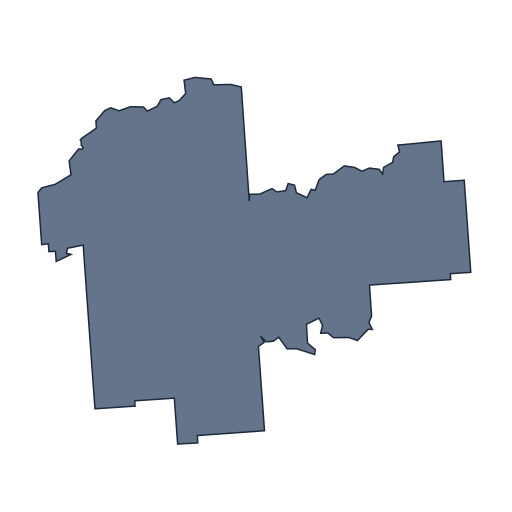 Lake, Montana, United States of America (Equal Earth projection), rotated 266°
{"feature_id": "52423323B67078871310068", "entity_name": "Lake", "entity_type": "district", "adm_level": 2, "iso_a3": "USA", "parent_name": "United States of America", "parent_adm1": "Montana", "projection": "equal_earth", "projection_center": [-114.014, 47.595], "detail": "fine", "context": "isolated", "style": "filled", "palette": "slate", "viewbox_px": 512, "rotation_deg": 266, "n_neighbors": 0, "source": "geoboundaries", "source_scale": "gbopen_adm2", "svg_char_len": 1451}
<svg xmlns="http://www.w3.org/2000/svg" viewBox="0 0 512 512"><g transform="rotate(266 256 256)"><path d="M224.7,469.1L317.1,469.0L317.0,448.7L357.9,448.7L356.8,407.9L356.8,405.3L349.8,406.4L345.5,400.3L339.9,398.8L335.5,389.5L329.0,388.0L333.9,384.9L335.8,375.3L333.2,367.6L337.5,360.5L339.7,350.3L332.3,338.7L332.5,331.7L327.8,324.3L317.4,319.6L318.7,315.7L310.6,311.0L316.3,300.7L324.0,299.4L326.0,293.1L319.1,290.2L318.5,281.3L322.1,276.7L317.4,263.8L318.1,253.8L311.4,253.1L425.6,253.1L428.9,242.9L429.7,225.8L435.7,223.7L438.4,207.7L436.4,196.5L423.1,197.2L416.3,190.1L414.6,185.1L419.8,180.5L418.7,172.2L412.2,167.8L408.1,157.6L412.5,154.2L413.7,141.1L410.4,129.5L414.0,121.4L411.6,115.2L401.9,105.7L394.7,105.7L385.4,90.0L384.0,88.8L382.3,89.7L378.8,89.4L375.9,91.3L374.6,89.9L375.2,86.5L363.9,76.2L349.9,77.1L341.5,60.6L339.0,47.1L334.6,42.9L282.3,43.0L282.6,49.7L274.8,49.7L274.7,56.3L264.5,56.3L270.5,71.6L271.9,67.0L276.9,68.6L278.9,84.4L253.0,84.4L159.7,84.6L114.8,84.7L114.7,124.9L120.0,124.9L119.9,164.6L73.9,164.7L73.6,184.9L81.0,184.9L81.1,252.3L165.7,252.1L169.2,258.1L176.0,255.0L169.6,260.1L169.8,267.4L173.4,273.0L161.2,280.6L160.6,290.1L153.6,307.6L158.4,308.6L165.6,301.3L184.4,301.6L189.6,314.5L182.2,317.5L174.4,315.1L174.2,322.3L169.1,327.6L168.2,342.9L164.6,351.3L175.1,362.9L174.6,366.9L181.9,364.0L188.0,367.1L219.1,367.2L218.9,448.6L224.8,448.6L224.7,469.1Z" fill="#64748b" stroke="#1e293b" stroke-width="1.5"/></g></svg>